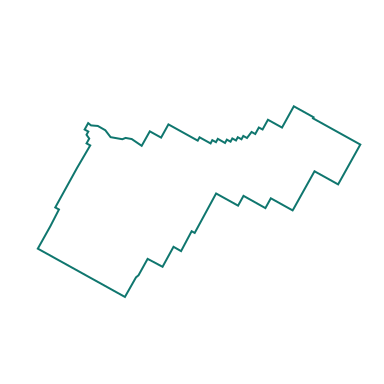 Stillwater, Montana, United States of America, rotated 209°
{"feature_id": "52423323B1446869819643", "entity_name": "Stillwater", "entity_type": "district", "adm_level": 2, "iso_a3": "USA", "parent_name": "United States of America", "parent_adm1": "Montana", "projection": "natural_earth1", "projection_center": [-109.384, 45.65], "detail": "fine", "context": "isolated", "style": "outline", "palette": "teal", "viewbox_px": 384, "rotation_deg": 209, "n_neighbors": 0, "source": "geoboundaries", "source_scale": "gbopen_adm2", "svg_char_len": 960}
<svg xmlns="http://www.w3.org/2000/svg" viewBox="0 0 384 384"><g transform="rotate(209 192 192)"><path d="M121.9,316.3L144.5,316.3L144.5,292.0L160.6,292.0L160.6,280.9L164.8,280.8L164.8,273.4L169.0,273.4L170.1,265.9L174.3,265.9L174.3,262.1L178.5,262.1L178.5,258.4L182.7,258.4L182.7,254.7L186.9,254.7L186.9,250.9L195.2,251.0L195.2,247.2L199.4,247.2L199.3,243.5L211.9,243.5L211.9,239.7L245.4,239.7L245.4,224.6L258.3,224.6L258.4,208.0L270.4,209.1L276.3,207.1L278.5,204.4L289.8,200.5L297.8,204.0L306.4,204.1L312.6,201.3L316.2,201.9L316.2,194.6L312.0,194.6L312.0,190.9L307.8,188.9L307.8,183.4L303.6,183.4L304.2,157.3L304.1,112.2L299.9,112.2L299.3,93.5L299.4,67.7L199.8,67.7L199.6,90.2L198.4,93.2L198.4,112.0L181.5,112.3L181.6,135.1L172.9,135.0L173.3,157.5L169.8,157.5L170.2,202.4L145.1,202.4L145.1,213.6L120.0,213.5L120.0,224.7L95.1,224.7L95.0,226.7L94.9,269.5L67.9,269.5L67.8,315.1L121.9,315.1L121.9,316.3Z" fill="none" stroke="#0f766e" stroke-width="2"/></g></svg>